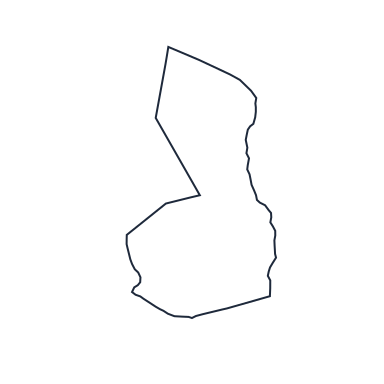 the district of Anguera, Bahia, Brazil, rotated 233°
{"feature_id": "56859067B25095444078591", "entity_name": "Anguera", "entity_type": "district", "adm_level": 2, "iso_a3": "BRA", "parent_name": "Brazil", "parent_adm1": "Bahia", "projection": "mercator", "projection_center": [-39.208, -12.178], "detail": "fine", "context": "isolated", "style": "outline", "palette": "slate", "viewbox_px": 384, "rotation_deg": 233, "n_neighbors": 0, "source": "geoboundaries", "source_scale": "gbopen_adm2", "svg_char_len": 1154}
<svg xmlns="http://www.w3.org/2000/svg" viewBox="0 0 384 384"><g transform="rotate(233 192 192)"><path d="M61.9,191.5L68.0,196.5L74.3,201.3L79.4,202.1L82.3,205.4L84.8,208.9L86.8,213.8L89.0,219.6L92.6,221.1L96.0,223.4L99.6,225.8L103.8,228.7L107.1,232.3L110.9,235.1L115.8,235.9L120.6,236.3L124.1,240.1L127.7,242.5L131.5,242.3L137.4,242.4L142.7,239.8L146.6,239.1L150.9,241.2L155.8,242.5L161.9,243.9L166.5,246.2L171.5,248.6L176.8,249.7L179.8,252.6L184.6,257.8L190.2,258.8L194.1,262.9L197.5,264.5L201.3,266.3L204.9,270.3L208.2,274.1L209.5,278.0L209.5,282.0L213.6,287.4L217.6,291.2L221.3,294.0L224.6,295.9L228.4,299.9L237.2,300.1L252.7,297.7L263.0,293.1L293.6,276.9L322.1,260.4L315.2,253.2L309.8,247.5L273.0,207.6L216.6,200.4L184.7,196.3L188.5,187.7L198.5,164.2L197.0,114.1L193.6,111.4L189.7,108.4L186.1,106.8L181.4,104.8L175.3,102.2L170.6,100.8L164.7,99.8L160.1,100.6L154.9,99.5L151.1,96.3L150.2,92.6L150.6,88.5L148.2,83.9L143.9,85.1L139.7,87.9L136.0,89.0L122.2,94.0L117.7,95.9L114.3,97.7L109.3,99.5L103.4,103.2L98.0,109.6L94.3,114.1L91.4,116.1L90.6,120.5L88.0,126.9L79.9,145.6L78.0,149.8L61.9,191.5Z" fill="none" stroke="#1e293b" stroke-width="2"/></g></svg>